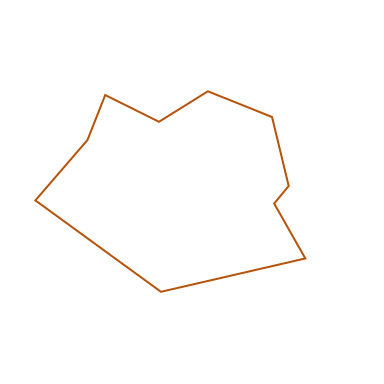 Sharyngol, Darhan-Uul, Mongolia, rotated 131°
{"feature_id": "93677404B32233139158886", "entity_name": "Sharyngol", "entity_type": "district", "adm_level": 2, "iso_a3": "MNG", "parent_name": "Mongolia", "parent_adm1": "Darhan-Uul", "projection": "albers", "projection_center": [106.453, 49.233], "detail": "fine", "context": "isolated", "style": "outline", "palette": "amber", "viewbox_px": 384, "rotation_deg": 131, "n_neighbors": 0, "source": "geoboundaries", "source_scale": "gbopen_adm2", "svg_char_len": 296}
<svg xmlns="http://www.w3.org/2000/svg" viewBox="0 0 384 384"><g transform="rotate(131 192 192)"><path d="M301.1,304.7L287.7,150.0L167.8,62.9L146.8,122.4L124.0,123.0L82.9,180.8L105.6,246.1L160.7,263.0L175.8,321.1L221.3,305.0L301.1,304.7Z" fill="none" stroke="#b45309" stroke-width="2"/></g></svg>